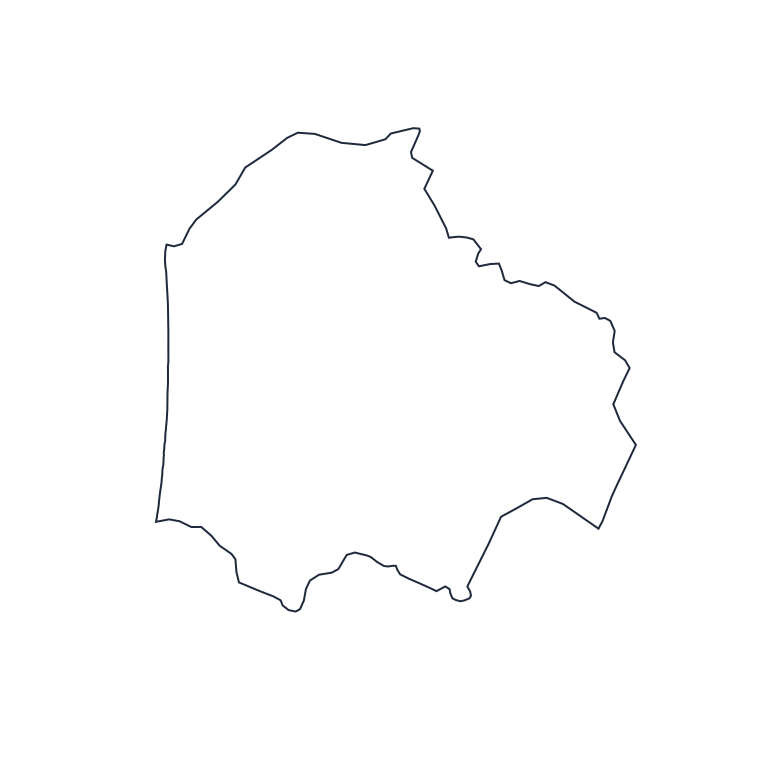 outline of Salinas, Canelones, Uruguay, rotated 116°
{"feature_id": "84410073B77165260459869", "entity_name": "Salinas", "entity_type": "district", "adm_level": 2, "iso_a3": "URY", "parent_name": "Uruguay", "parent_adm1": "Canelones", "projection": "robinson", "projection_center": [-55.842, -34.745], "detail": "fine", "context": "isolated", "style": "outline", "palette": "slate", "viewbox_px": 768, "rotation_deg": 116, "n_neighbors": 0, "source": "geoboundaries", "source_scale": "gbopen_adm2", "svg_char_len": 2254}
<svg xmlns="http://www.w3.org/2000/svg" viewBox="0 0 768 768"><g transform="rotate(116 384 384)"><path d="M354.0,640.5L357.3,639.7L361.0,638.6L368.5,635.3L374.6,631.8L378.4,629.1L382.9,626.6L389.8,622.8L400.5,616.8L407.0,613.2L411.9,610.7L415.8,608.7L424.5,604.3L432.6,600.2L445.4,594.0L458.6,587.5L462.7,586.0L471.8,581.5L478.0,578.5L486.4,574.9L502.5,567.3L512.1,563.3L518.6,560.9L520.5,560.0L522.3,559.5L525.2,558.4L526.8,557.7L528.8,556.8L531.6,555.5L533.5,555.2L535.7,554.3L537.2,553.7L539.2,552.8L542.2,551.9L544.5,550.6L547.1,549.7L550.1,548.3L552.8,547.1L556.5,546.1L559.3,545.1L562.5,543.6L565.8,542.5L568.0,541.6L571.2,540.4L575.0,539.2L578.6,538.1L582.7,536.7L587.5,535.0L591.9,533.3L596.9,531.7L600.1,530.8L603.4,529.7L607.8,528.5L599.8,517.7L597.0,507.5L597.0,494.5L592.6,485.6L596.1,472.6L601.4,460.8L603.6,446.6L606.7,440.7L617.7,434.2L625.9,427.4L624.6,404.8L623.4,390.6L623.7,382.2L627.5,377.9L629.0,370.6L627.2,363.6L623.2,360.8L613.8,361.1L602.4,364.3L593.1,364.4L583.9,358.8L576.5,348.3L570.4,343.9L554.0,342.6L548.3,336.4L545.6,324.1L545.3,320.0L547.0,312.3L547.6,304.1L546.1,300.1L543.9,297.0L542.2,293.7L545.2,290.5L548.0,286.1L548.1,276.0L547.6,265.4L547.2,253.6L547.2,246.0L543.1,243.1L539.1,240.2L539.6,235.2L543.5,232.2L546.6,228.6L546.7,225.0L545.8,220.1L543.1,216.7L539.1,213.2L536.2,213.0L532.8,215.5L529.5,220.3L523.8,220.3L481.9,219.9L452.0,220.6L437.1,210.0L422.5,200.0L415.0,187.9L413.4,170.5L420.0,127.8L411.2,127.5L385.2,130.0L374.5,130.3L328.3,130.9L313.7,155.7L301.7,169.0L276.5,170.2L262.0,170.2L257.0,177.7L254.4,190.7L246.3,196.5L235.2,199.9L228.1,208.2L227.8,214.4L230.9,219.0L226.8,224.1L226.5,249.0L220.8,273.9L221.7,283.5L228.1,287.8L230.2,296.3L232.0,307.4L237.8,314.1L237.8,321.2L230.1,328.3L225.4,333.5L229.6,341.1L236.6,350.3L233.8,355.2L225.4,356.5L220.3,355.9L217.9,360.8L214.8,367.2L216.2,374.4L218.8,381.4L221.9,386.5L224.1,389.8L216.9,396.4L201.6,416.6L190.9,433.3L170.9,433.6L168.4,457.8L163.7,461.4L146.1,462.1L141.1,462.5L139.0,464.2L141.2,469.8L155.9,487.7L163.4,490.0L177.4,505.4L185.9,528.0L189.5,555.7L195.9,571.6L205.2,578.9L222.9,587.6L250.2,603.6L269.8,605.0L293.0,613.2L318.4,624.8L329.5,626.9L346.6,626.9L352.3,633.1L354.0,640.5Z" fill="none" stroke="#1e293b" stroke-width="2"/></g></svg>